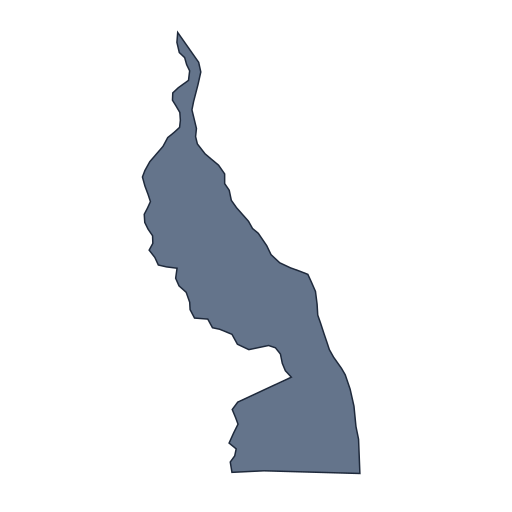 Embakasi North, Nairobi, Kenya, rotated 274°
{"feature_id": "3690345B82574132257993", "entity_name": "Embakasi North", "entity_type": "district", "adm_level": 2, "iso_a3": "KEN", "parent_name": "Kenya", "parent_adm1": "Nairobi", "projection": "natural_earth1", "projection_center": [36.904, -1.247], "detail": "fine", "context": "isolated", "style": "filled", "palette": "slate", "viewbox_px": 512, "rotation_deg": 274, "n_neighbors": 0, "source": "geoboundaries", "source_scale": "gbopen_adm2", "svg_char_len": 1443}
<svg xmlns="http://www.w3.org/2000/svg" viewBox="0 0 512 512"><g transform="rotate(274 256 256)"><path d="M224.8,317.8L233.6,313.2L241.3,309.0L243.9,300.7L246.6,291.2L250.9,280.1L258.4,270.9L267.0,266.0L278.8,256.7L283.2,250.6L290.1,246.1L297.1,239.0L302.7,233.3L309.8,227.5L319.7,224.7L326.0,219.7L335.7,219.0L344.0,212.3L349.7,204.4L354.4,198.0L363.7,189.7L370.9,187.4L379.0,187.7L388.2,184.8L397.3,181.9L405.9,183.0L423.1,186.2L435.7,188.1L445.2,185.3L473.5,162.3L463.6,162.2L453.6,165.3L448.9,171.0L442.0,173.5L436.1,176.9L426.5,176.4L418.5,166.8L412.9,161.6L405.6,161.8L400.2,165.7L393.9,170.0L386.0,171.1L379.0,170.8L373.6,165.7L368.0,159.7L358.9,155.6L342.7,143.5L333.5,139.2L326.9,137.2L318.1,140.3L310.0,144.0L302.9,146.9L296.2,144.4L289.8,141.6L281.7,142.7L275.2,146.5L269.0,151.4L261.4,152.2L254.4,149.0L247.5,155.2L240.2,159.2L238.9,167.5L238.3,178.1L228.2,177.4L220.8,181.3L214.9,188.9L205.2,193.1L197.9,194.0L189.8,199.0L189.7,212.3L181.4,217.6L180.4,224.8L176.2,237.5L166.7,243.6L162.1,255.4L167.6,274.8L165.8,281.8L159.9,287.2L150.8,289.7L143.6,293.3L137.6,299.7L109.0,248.0L101.2,243.0L93.2,247.0L87.0,249.8L77.8,246.0L67.5,242.2L62.2,249.7L55.1,248.7L48.7,244.7L38.5,247.1L42.3,279.0L46.3,374.8L80.3,371.1L92.9,367.6L113.0,364.2L129.7,359.2L143.7,353.3L149.9,349.1L160.4,340.5L167.7,335.7L174.8,332.8L183.6,329.1L193.5,325.1L201.4,321.7L212.2,320.3L224.8,317.8Z" fill="#64748b" stroke="#1e293b" stroke-width="1.5"/></g></svg>